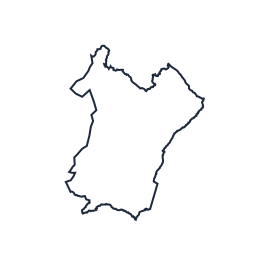 Nogoonnuur, Bayan-Ölgiy, Mongolia (orthographic projection), rotated 62°
{"feature_id": "93677404B33313948817102", "entity_name": "Nogoonnuur", "entity_type": "district", "adm_level": 2, "iso_a3": "MNG", "parent_name": "Mongolia", "parent_adm1": "Bayan-Ölgiy", "projection": "orthographic", "projection_center": [90.114, 49.534], "detail": "fine", "context": "isolated", "style": "outline", "palette": "slate", "viewbox_px": 256, "rotation_deg": 62, "n_neighbors": 0, "source": "geoboundaries", "source_scale": "gbopen_adm2", "svg_char_len": 5789}
<svg xmlns="http://www.w3.org/2000/svg" viewBox="0 0 256 256"><g transform="rotate(62 128 128)"><path d="M212.7,164.2L211.6,163.2L211.0,162.8L210.8,161.9L210.1,160.8L209.9,159.7L209.6,159.0L208.2,157.9L207.8,157.4L207.7,156.9L207.9,154.8L208.2,153.5L208.2,152.4L208.5,151.5L208.8,151.1L208.6,150.6L207.7,150.9L207.6,150.5L207.9,149.6L208.3,149.5L208.7,149.1L209.6,148.7L209.5,148.4L209.7,147.2L210.0,146.6L191.1,128.1L187.3,130.4L184.8,128.5L184.3,127.4L183.7,127.0L183.3,126.4L182.3,125.6L181.9,124.5L181.2,124.6L180.7,124.0L180.0,123.4L179.5,122.6L179.2,121.5L178.9,121.0L178.9,120.5L178.3,119.5L178.3,118.7L177.6,118.1L176.6,115.9L175.5,114.7L175.3,114.2L174.4,113.0L171.8,111.7L170.6,111.5L169.3,110.7L168.7,110.0L168.1,110.1L167.6,109.1L167.0,108.6L166.3,107.0L166.1,107.0L165.2,107.9L164.4,108.1L164.0,106.3L163.5,105.9L163.0,105.3L162.9,105.1L163.1,105.0L163.1,104.7L162.4,103.3L162.0,103.0L161.9,101.7L161.6,101.1L161.5,100.3L160.9,99.8L160.4,97.8L159.2,96.5L158.8,95.4L158.3,94.9L157.5,93.3L156.8,92.6L156.4,92.0L155.8,91.5L155.3,90.3L154.8,90.1L154.5,89.6L154.6,88.9L154.0,86.9L154.1,86.2L153.6,85.8L153.8,85.4L153.8,85.1L154.0,84.6L153.9,84.1L154.0,83.6L153.9,82.1L153.5,81.3L153.5,79.8L153.1,79.4L153.2,79.1L153.6,78.6L153.8,77.9L153.5,77.2L153.2,76.8L153.4,76.3L152.6,75.4L152.8,74.8L152.4,74.1L152.4,72.9L151.6,72.2L152.0,71.7L151.9,71.0L151.6,70.7L151.3,70.0L150.6,69.7L150.6,69.3L150.1,68.5L150.1,68.0L149.8,66.8L150.0,66.4L149.8,66.1L149.7,65.7L149.7,65.4L150.0,65.1L149.8,64.6L149.4,64.1L149.5,63.1L149.2,62.5L149.4,62.0L149.0,61.8L148.7,61.2L148.1,61.1L148.1,60.6L147.8,60.2L148.1,59.8L148.1,59.6L147.8,59.0L147.0,58.8L147.0,58.0L146.1,56.9L146.2,56.4L145.9,55.1L146.2,54.8L146.2,54.6L145.6,54.2L145.0,53.3L145.0,52.9L145.2,52.6L144.4,51.6L143.5,51.6L143.1,51.1L142.6,51.0L140.1,50.6L139.7,50.1L139.3,48.9L138.9,48.7L138.5,47.9L137.6,47.3L137.2,47.7L136.9,48.9L136.2,49.1L135.9,49.4L135.3,49.7L134.8,50.3L134.0,50.5L133.3,51.1L132.3,52.4L131.2,52.1L129.1,52.5L128.9,52.7L128.1,52.8L126.9,53.9L125.3,53.9L123.8,55.1L122.6,55.5L121.6,55.6L119.7,54.5L119.1,54.5L117.8,55.0L117.6,55.2L115.0,55.9L112.7,55.5L110.7,55.9L110.0,55.8L108.8,56.4L107.6,56.3L105.2,56.6L104.0,57.2L102.0,57.3L99.9,57.9L93.9,61.1L89.5,62.4L90.0,62.4L90.6,62.7L91.6,63.7L92.5,63.4L93.7,63.8L94.0,65.0L93.9,65.7L94.1,65.9L94.1,67.1L93.7,67.4L93.1,67.5L92.4,68.3L92.1,69.3L92.2,69.6L91.9,69.9L91.8,71.1L92.7,71.6L92.8,72.4L93.3,72.6L93.7,74.1L94.7,74.2L95.3,74.5L95.3,74.8L94.8,75.5L94.9,76.0L95.2,76.5L96.1,77.1L96.1,77.4L95.4,78.5L95.1,78.7L94.4,78.8L93.3,78.7L93.3,79.0L93.7,80.0L93.6,80.5L92.7,80.8L92.7,81.2L93.2,81.6L94.4,81.6L96.0,83.2L96.4,83.2L97.4,83.9L97.5,84.4L98.7,84.9L101.0,84.4L101.5,83.5L102.4,83.5L103.0,84.0L102.9,85.9L103.6,86.8L103.5,87.1L103.0,87.5L103.1,88.1L102.8,88.6L102.8,89.0L103.4,89.9L103.7,90.1L103.8,90.6L102.9,92.0L102.9,92.5L103.0,92.8L103.3,92.9L103.6,93.9L104.0,94.5L103.3,95.1L102.5,94.9L101.1,95.5L99.2,96.9L99.2,97.4L99.0,98.2L98.7,98.7L97.2,99.0L96.0,99.7L93.4,100.6L89.7,102.4L88.7,102.6L87.9,102.5L87.2,102.7L86.8,102.4L84.9,101.9L84.1,102.1L83.3,102.6L80.9,103.0L80.2,103.9L80.4,104.3L79.6,104.6L79.3,104.5L79.0,105.2L78.5,105.4L75.3,106.1L74.3,105.2L73.6,106.2L72.7,108.5L71.2,110.2L71.7,110.6L71.8,111.0L71.4,112.2L70.8,112.6L70.1,113.5L69.8,113.6L69.1,113.0L68.2,112.7L66.7,114.3L65.4,114.4L65.7,114.7L66.0,115.3L66.1,116.0L66.7,117.1L65.8,117.0L65.4,117.3L64.4,117.5L63.5,118.5L63.3,119.2L62.1,118.9L61.6,119.3L60.3,119.0L61.7,117.5L59.9,116.6L58.3,115.5L57.5,115.6L56.7,114.6L56.6,114.1L54.9,113.0L54.6,112.6L54.4,112.0L53.9,110.9L52.7,110.0L51.7,109.7L51.5,109.0L50.9,108.3L50.3,108.2L49.9,108.4L49.2,108.3L48.8,108.7L48.2,108.7L46.7,109.8L45.0,110.1L44.1,110.6L43.4,112.0L43.3,112.6L43.5,113.0L43.9,113.8L45.2,115.1L45.2,115.8L44.7,116.6L44.7,117.2L44.1,118.0L45.2,119.0L45.8,120.9L46.8,121.3L47.9,122.3L48.1,122.6L48.2,123.3L48.8,124.5L48.6,125.3L48.3,125.8L46.9,126.5L54.1,128.9L56.3,133.0L59.0,136.2L62.9,143.9L62.6,151.5L66.3,160.2L73.1,158.0L78.9,153.8L76.5,144.0L88.9,145.8L97.4,147.6L99.3,154.2L105.4,155.5L109.3,160.1L116.4,165.5L124.5,172.8L124.8,178.1L127.9,186.2L128.7,189.2L135.4,192.3L136.0,193.7L136.1,194.7L138.1,198.1L139.2,200.6L141.3,198.5L142.7,195.7L144.9,198.5L147.3,203.1L146.4,208.2L157.5,208.7L157.5,207.8L157.9,207.2L159.7,206.3L161.7,206.3L162.6,205.9L162.8,205.4L162.8,205.0L163.0,204.7L164.3,204.3L164.8,203.4L166.7,201.5L166.9,201.1L167.1,200.8L167.1,199.8L167.4,199.5L167.9,198.0L170.7,198.4L171.5,198.3L173.8,196.0L174.5,196.6L175.7,196.7L176.0,197.0L176.1,197.6L175.7,198.0L176.0,199.3L176.3,199.8L176.4,200.4L176.9,200.9L177.1,201.8L178.0,202.5L177.9,203.4L178.6,204.6L178.9,207.2L179.8,207.6L181.2,207.9L181.5,208.1L182.3,208.1L182.5,207.5L182.3,206.5L182.9,205.2L182.9,204.6L183.4,204.0L182.9,203.4L183.1,202.5L183.1,202.2L182.6,201.4L183.1,200.4L183.8,200.1L184.3,198.2L185.0,197.2L184.9,196.8L185.2,195.8L185.1,195.3L185.4,194.8L185.4,194.4L184.9,194.5L184.6,194.2L184.1,194.2L184.3,193.2L183.2,192.9L183.0,191.4L183.2,190.9L183.1,190.2L183.6,189.4L182.9,187.8L182.9,187.4L183.6,186.7L184.5,184.7L185.0,184.0L185.1,183.8L184.8,183.2L184.9,182.7L185.5,182.5L185.8,181.9L186.5,181.2L186.8,180.4L187.5,179.7L188.2,179.8L189.1,179.4L190.3,179.6L190.9,179.1L192.0,178.8L192.2,178.4L192.8,178.3L193.3,177.4L193.7,177.0L193.6,176.8L193.7,176.6L195.5,175.9L195.7,175.6L196.5,174.2L196.6,173.5L196.8,173.0L196.7,172.5L197.2,172.1L197.5,171.3L197.9,171.0L198.3,171.2L198.6,171.0L198.8,170.5L199.3,170.4L199.7,170.1L199.8,169.5L200.3,169.1L200.7,169.2L202.1,168.5L202.6,167.4L203.3,167.5L203.4,167.2L203.8,167.2L205.6,165.9L206.3,165.8L207.1,166.0L208.1,165.9L208.1,165.4L208.3,164.9L209.1,164.9L209.4,164.4L209.9,164.2L210.2,164.5L211.5,164.7L212.2,164.6L212.7,164.2Z" fill="none" stroke="#1e293b" stroke-width="2"/></g></svg>